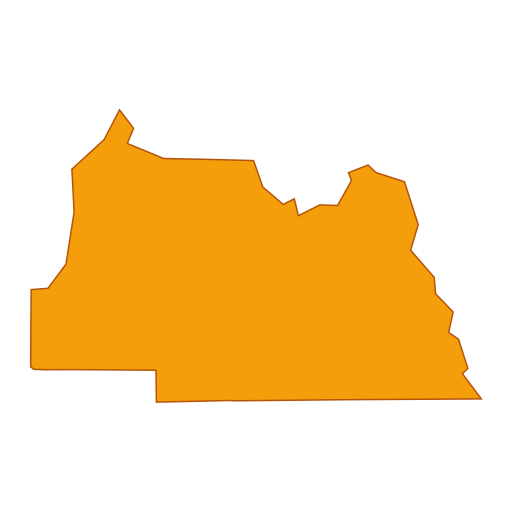 the district of Seminole, Florida, United States of America
{"feature_id": "52423323B18457012552494", "entity_name": "Seminole", "entity_type": "district", "adm_level": 2, "iso_a3": "USA", "parent_name": "United States of America", "parent_adm1": "Florida", "projection": "orthographic", "projection_center": [-81.235, 28.745], "detail": "fine", "context": "isolated", "style": "filled", "palette": "amber", "viewbox_px": 512, "rotation_deg": 0, "n_neighbors": 0, "source": "geoboundaries", "source_scale": "gbopen_adm2", "svg_char_len": 673}
<svg xmlns="http://www.w3.org/2000/svg" viewBox="0 0 512 512"><path d="M74.1,212.2L66.0,264.0L48.0,288.3L31.2,289.6L30.8,334.1L30.7,366.8L33.7,369.3L44.4,369.7L73.2,369.6L155.9,370.2L156.1,378.1L156.4,402.1L200.1,401.2L228.8,400.5L235.7,400.8L346.1,399.7L481.3,398.9L462.3,373.6L467.9,368.5L458.5,339.2L448.7,332.5L453.1,312.0L435.6,293.8L434.2,277.4L410.6,250.2L418.2,224.6L404.5,181.8L376.0,172.6L368.0,165.0L348.5,172.7L351.5,180.6L337.5,205.5L319.8,204.9L298.4,215.7L294.3,198.8L283.1,204.4L262.8,187.0L253.6,160.6L208.8,159.4L163.6,158.5L127.3,143.5L133.6,128.3L119.5,109.9L104.2,139.5L71.9,169.2L74.1,212.2Z" fill="#f59e0b" stroke="#b45309" stroke-width="1.5"/></svg>